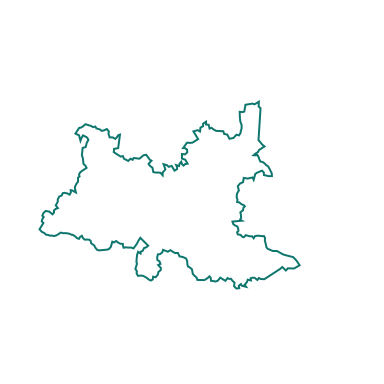 Marau, Rio Grande do Sul, Brazil, rotated 211°
{"feature_id": "56859067B44475036687569", "entity_name": "Marau", "entity_type": "district", "adm_level": 2, "iso_a3": "BRA", "parent_name": "Brazil", "parent_adm1": "Rio Grande do Sul", "projection": "mercator", "projection_center": [-52.267, -28.487], "detail": "fine", "context": "isolated", "style": "outline", "palette": "teal", "viewbox_px": 384, "rotation_deg": 211, "n_neighbors": 0, "source": "geoboundaries", "source_scale": "gbopen_adm2", "svg_char_len": 4794}
<svg xmlns="http://www.w3.org/2000/svg" viewBox="0 0 384 384"><g transform="rotate(211 192 192)"><path d="M221.7,231.7L222.2,225.1L220.6,226.0L218.1,225.8L216.5,223.6L217.3,220.7L220.2,219.4L217.8,215.5L214.4,216.2L210.4,214.0L212.3,212.4L212.8,210.3L214.7,210.6L216.8,212.4L217.2,209.8L216.5,207.6L219.4,206.9L217.6,205.7L216.6,204.0L218.0,201.3L222.9,203.9L224.9,201.6L227.3,202.1L230.7,201.2L226.5,197.7L227.1,193.5L225.8,191.2L229.0,192.2L231.1,191.2L233.4,189.8L235.5,189.2L238.3,192.4L241.6,192.8L243.7,193.7L242.9,198.0L244.6,197.9L250.4,200.3L252.5,198.5L254.2,193.5L259.5,191.1L259.5,189.0L261.8,188.9L262.7,185.8L267.4,185.5L269.8,187.2L271.4,185.6L279.6,185.9L281.0,188.8L277.9,191.6L283.3,204.1L284.5,202.7L284.5,200.7L285.1,198.0L288.3,197.9L290.7,196.4L293.6,198.9L294.5,201.1L297.5,202.1L299.3,199.3L300.9,197.9L303.0,198.2L306.7,197.3L308.6,198.3L310.1,196.7L312.6,196.6L318.3,195.2L319.2,192.2L320.3,190.0L321.7,189.0L321.8,186.8L322.0,182.0L318.0,182.4L314.0,178.5L314.5,181.2L314.6,184.4L312.0,184.6L309.7,184.6L307.6,183.2L307.6,180.2L306.3,175.8L308.4,173.4L305.3,166.8L302.9,164.7L299.5,160.2L297.1,159.7L294.8,158.4L297.2,153.3L298.0,151.1L297.8,148.7L296.4,147.4L297.1,145.6L295.0,142.2L295.3,139.3L294.9,135.7L293.3,133.8L291.3,131.8L295.1,131.7L296.9,131.1L295.6,129.1L295.5,126.7L298.0,126.6L300.9,125.6L302.2,124.4L301.9,121.8L303.4,119.9L303.3,116.7L302.0,114.3L301.9,110.4L298.7,109.1L300.2,107.2L300.8,105.0L299.7,103.3L300.1,101.0L304.2,101.7L306.1,101.0L307.7,100.3L308.5,97.5L308.1,94.6L306.2,94.1L306.3,91.4L305.7,89.5L303.4,88.9L303.5,81.5L300.2,80.5L297.4,80.8L295.1,80.2L293.5,81.0L291.2,81.5L289.3,82.6L287.3,83.4L285.8,85.2L284.7,87.2L283.7,89.5L280.9,90.5L278.9,91.8L275.9,93.0L273.5,93.3L271.8,93.9L269.3,93.8L266.7,93.2L264.7,93.7L264.8,95.8L263.9,97.7L261.5,96.3L259.4,95.9L257.3,97.3L255.4,98.2L253.7,97.9L252.0,96.1L248.2,95.8L246.4,94.6L243.7,93.6L241.7,94.0L237.4,97.2L235.8,98.3L233.9,100.1L233.3,103.1L234.7,108.4L232.9,108.6L231.8,110.9L229.0,110.6L226.6,110.8L224.6,111.9L223.4,110.3L221.9,109.0L220.4,110.4L218.0,111.5L215.7,113.0L213.1,113.5L212.6,118.9L212.8,123.1L212.7,126.1L201.9,123.4L202.8,120.8L204.2,119.5L204.0,116.1L205.2,114.4L204.4,112.8L207.4,113.0L206.7,109.9L205.5,107.2L203.6,103.4L202.2,102.1L200.9,96.9L198.4,95.7L197.6,93.7L195.1,92.3L192.6,94.2L190.3,95.0L186.6,95.1L183.9,94.7L181.7,94.9L180.6,96.8L181.7,99.4L179.3,100.2L178.7,103.4L179.6,106.2L178.6,108.9L179.6,110.9L183.4,112.0L182.0,114.1L184.1,115.8L186.7,115.9L188.3,118.2L189.1,121.0L187.3,122.4L186.4,124.9L187.0,127.5L181.9,128.4L180.6,131.0L177.6,130.9L175.2,130.9L172.6,132.5L169.6,130.4L166.5,131.5L163.0,132.0L160.7,130.5L158.8,127.7L157.1,126.1L154.9,126.2L152.2,125.7L150.8,124.1L149.1,122.2L147.2,121.6L145.4,121.3L143.6,120.8L142.1,119.4L137.5,122.0L136.0,122.9L135.1,124.5L134.2,126.5L133.6,128.7L131.8,128.1L130.0,125.7L127.9,126.6L125.7,127.4L124.2,129.3L123.7,133.1L117.6,133.1L117.2,136.5L115.5,136.6L113.9,137.7L111.6,136.7L108.9,136.2L107.4,132.9L104.2,132.1L102.0,133.9L103.6,135.7L102.6,138.3L101.1,137.3L96.8,138.6L99.1,139.6L98.5,143.3L99.1,145.5L95.9,146.6L97.3,148.2L96.0,149.7L94.1,150.7L90.6,150.3L90.4,152.7L88.3,152.8L85.1,154.5L77.0,171.1L76.0,174.2L71.1,173.1L70.5,176.0L65.2,178.9L62.0,184.6L66.8,186.9L71.7,188.3L77.7,186.5L81.7,185.4L88.7,185.2L92.2,183.1L97.8,182.3L99.5,182.8L101.7,185.1L104.6,188.0L105.7,190.2L107.6,191.3L109.2,190.2L111.6,189.2L113.2,188.4L115.3,186.6L115.3,184.1L117.6,185.0L120.1,183.6L123.7,182.7L124.3,179.9L126.0,179.5L128.2,180.3L131.0,179.2L132.6,180.7L132.2,182.6L133.6,184.5L135.4,185.8L138.2,185.5L140.0,185.7L142.1,187.5L134.4,193.1L136.5,193.1L136.6,195.2L138.5,197.8L140.1,199.5L138.9,202.5L139.8,205.0L139.3,206.9L141.0,207.4L142.7,207.0L144.6,207.2L146.4,207.4L148.1,206.6L149.1,208.9L151.0,210.5L152.6,213.7L152.6,217.4L155.7,220.5L155.2,224.0L153.3,226.7L154.9,230.7L151.2,232.2L147.6,235.6L145.4,234.2L146.5,238.1L147.1,239.9L146.2,242.0L144.3,244.6L143.0,246.4L140.5,245.7L139.0,243.6L134.4,245.1L131.7,246.8L133.3,249.1L135.2,250.3L137.5,251.8L140.0,253.2L142.1,253.2L144.5,253.9L147.0,254.1L149.1,253.3L151.0,254.6L152.7,256.1L155.0,257.4L156.3,256.2L158.1,255.3L157.2,258.0L156.0,260.2L156.2,262.5L153.3,268.4L156.3,268.8L159.4,270.0L161.7,270.7L176.4,299.1L178.9,299.6L181.2,303.8L183.5,299.4L185.7,298.9L191.1,294.3L188.6,287.9L189.7,286.6L192.4,285.3L189.8,281.2L187.0,277.4L183.9,274.9L182.1,271.7L181.7,269.6L180.8,267.7L180.9,264.7L183.4,264.0L184.3,259.7L187.3,256.9L189.7,258.4L191.5,259.4L194.2,258.3L196.5,260.2L202.7,256.9L204.9,256.7L208.5,257.0L209.6,255.4L212.4,258.2L214.7,257.1L216.2,259.5L217.7,256.3L216.4,254.1L217.9,251.6L216.3,248.0L219.0,247.9L222.0,244.7L214.0,240.5L217.0,234.6L219.1,233.0L221.7,231.7Z" fill="none" stroke="#0f766e" stroke-width="2"/></g></svg>